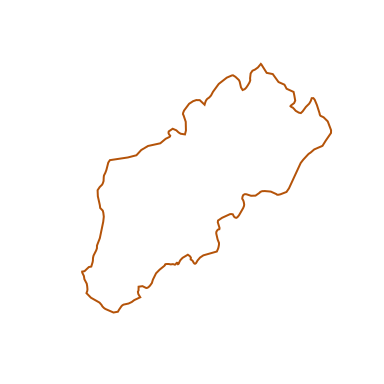 the border of Francisco Morazán, rotated 212°
{"feature_id": "HND-639", "entity_name": "Francisco Morazán", "entity_type": "Department", "adm_level": 1, "iso_a3": "HND", "parent_name": "Honduras", "parent_adm1": "", "projection": "robinson", "projection_center": [-87.226, 14.346], "detail": "fine", "context": "isolated", "style": "outline", "palette": "amber", "viewbox_px": 384, "rotation_deg": 212, "n_neighbors": 0, "source": "natural_earth", "source_scale": "10m", "svg_char_len": 3429}
<svg xmlns="http://www.w3.org/2000/svg" viewBox="0 0 384 384"><g transform="rotate(212 192 192)"><path d="M166.6,124.2L167.3,124.0L167.5,123.4L167.6,122.1L167.8,121.5L168.2,121.2L168.9,121.1L170.0,120.7L171.6,119.4L172.2,119.1L172.9,118.9L173.7,118.5L174.6,118.0L176.0,117.0L176.4,116.4L176.4,116.0L176.2,115.7L176.3,114.8L178.3,109.0L179.4,104.0L178.7,96.9L177.8,93.6L178.0,90.3L178.5,88.2L179.1,87.1L179.7,86.5L180.2,86.3L184.1,85.9L187.1,83.4L185.2,80.2L185.0,78.7L184.0,77.6L183.3,76.9L180.1,75.3L183.7,69.7L184.8,66.8L186.7,63.8L190.4,60.2L191.0,59.0L191.3,57.8L191.5,53.4L191.4,51.2L194.7,48.2L203.5,46.9L205.3,47.0L207.4,47.5L208.9,48.3L211.8,49.2L221.7,48.8L227.9,50.3L228.4,52.6L229.1,54.1L231.0,56.6L232.7,58.5L237.0,61.0L239.2,63.5L241.8,65.1L242.6,65.7L243.0,66.3L241.2,67.9L239.7,73.7L237.9,75.4L239.1,79.8L239.7,81.3L241.0,83.6L241.8,85.9L242.3,91.6L242.8,93.9L244.2,96.2L245.7,104.0L251.5,119.7L253.7,124.3L256.2,127.4L257.8,128.9L261.4,129.8L263.1,131.9L269.6,138.5L273.0,143.5L272.9,147.3L272.1,150.7L272.3,152.4L272.8,154.4L274.7,157.8L275.4,159.3L275.7,162.5L276.3,165.4L278.6,172.6L278.5,175.5L264.7,187.3L258.6,193.7L257.3,200.7L253.7,207.7L244.7,216.5L242.5,223.2L240.5,226.4L240.1,227.4L240.3,228.2L241.9,228.7L242.9,229.3L243.6,230.3L243.8,231.1L241.9,235.4L238.0,236.0L235.0,235.4L232.5,235.4L228.5,237.1L229.7,240.9L234.5,248.2L239.6,252.4L241.0,253.3L241.5,254.6L241.9,256.9L241.2,265.3L239.2,269.6L237.1,272.2L234.1,274.0L227.6,272.7L228.4,275.7L228.6,277.3L228.4,279.1L227.5,281.2L227.0,283.9L227.3,288.1L226.6,297.8L223.1,307.4L220.0,311.9L219.1,312.7L216.2,312.7L211.6,311.8L210.1,310.9L205.9,306.7L203.1,305.3L201.9,307.0L201.6,307.8L201.3,309.4L201.2,312.4L201.3,315.4L201.8,317.6L203.0,319.2L205.1,323.6L205.0,326.9L203.5,329.1L202.1,332.5L201.6,336.2L201.5,337.1L200.7,336.9L191.8,332.6L186.0,334.8L176.9,331.1L170.5,332.0L168.7,331.0L166.5,329.7L158.9,330.7L156.4,328.1L152.9,324.2L152.5,321.5L153.9,317.9L154.0,317.0L153.3,316.8L152.2,316.8L151.4,317.0L149.3,316.5L147.1,315.8L143.5,315.9L141.5,316.6L140.9,319.0L140.5,324.5L139.4,329.1L139.5,332.1L140.2,335.0L138.8,335.9L136.9,335.3L132.1,331.9L125.5,326.3L124.9,325.6L124.1,325.0L123.4,324.7L120.0,325.1L114.3,323.8L106.8,318.1L105.4,315.7L105.8,306.5L105.8,300.3L110.9,292.9L112.4,288.0L112.9,287.1L113.4,285.7L114.8,278.3L115.2,274.2L111.7,246.5L111.9,242.1L115.8,236.9L117.2,235.5L118.3,234.8L119.5,234.9L125.4,234.1L130.7,231.4L132.9,229.9L134.1,228.3L134.3,227.1L136.2,222.6L139.9,220.1L144.7,218.9L146.1,218.1L146.9,216.7L146.8,215.5L146.6,214.6L146.0,213.2L145.8,212.9L145.3,212.6L144.7,212.4L144.1,212.0L143.3,211.4L142.2,210.3L141.1,209.0L140.5,207.7L140.1,205.5L139.8,197.2L140.1,194.9L140.6,193.7L141.4,193.3L142.3,193.2L143.4,193.4L145.6,194.7L147.0,194.1L148.0,193.4L152.8,186.1L154.8,181.6L154.1,180.0L149.6,176.1L149.3,175.5L149.1,174.9L149.8,174.3L150.2,173.4L150.3,171.4L149.9,170.4L149.4,169.6L145.1,165.3L142.1,163.1L141.2,161.6L140.4,159.6L139.9,158.0L139.4,154.7L148.8,144.3L150.5,140.5L150.6,139.4L150.8,138.2L151.0,137.0L150.9,133.9L151.2,133.0L151.8,132.6L152.5,132.7L153.3,133.0L154.1,133.5L154.9,133.9L155.7,134.1L156.4,134.1L156.9,134.1L157.4,134.1L157.7,134.5L157.9,135.3L158.1,135.7L158.7,136.0L159.5,136.3L160.2,136.5L162.3,136.6L165.1,131.2L165.7,128.3L165.7,127.1L165.6,125.9L165.3,124.3L165.5,123.5L165.7,123.3L166.0,123.5L166.3,123.9L166.6,124.2Z" fill="none" stroke="#b45309" stroke-width="2"/></g></svg>